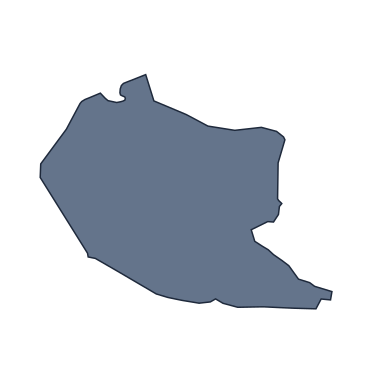 outline of Rabak, White Nile, Sudan, rotated 99°
{"feature_id": "16777658B74989991978894", "entity_name": "Rabak", "entity_type": "district", "adm_level": 2, "iso_a3": "SDN", "parent_name": "Sudan", "parent_adm1": "White Nile", "projection": "orthographic", "projection_center": [32.773, 13.435], "detail": "fine", "context": "isolated", "style": "filled", "palette": "slate", "viewbox_px": 384, "rotation_deg": 99, "n_neighbors": 0, "source": "geoboundaries", "source_scale": "gbopen_adm2", "svg_char_len": 1079}
<svg xmlns="http://www.w3.org/2000/svg" viewBox="0 0 384 384"><g transform="rotate(99 192 192)"><path d="M272.4,284.4L272.6,280.1L272.7,277.1L281.3,254.7L291.9,227.6L298.3,211.3L299.9,199.5L300.3,191.7L300.6,184.7L300.7,167.6L297.7,156.7L293.9,152.0L297.1,143.9L298.7,128.8L295.4,110.2L294.6,105.7L294.2,103.3L292.4,86.9L290.8,72.9L288.0,51.3L277.5,47.7L276.9,38.3L268.5,38.2L266.0,56.1L263.1,61.6L261.4,73.2L249.7,84.8L245.7,92.2L241.1,101.7L237.1,107.7L234.7,113.7L230.9,122.3L220.0,127.6L209.4,112.6L208.9,106.8L200.7,103.1L192.6,103.4L189.4,101.5L188.9,102.1L186.9,105.0L185.4,106.4L149.8,111.5L125.9,108.4L123.3,110.2L118.9,118.0L117.3,133.6L124.4,159.4L124.4,186.6L116.4,209.8L108.0,243.9L83.3,256.1L94.1,274.4L95.5,276.7L97.9,278.4L101.4,279.0L105.3,278.7L107.3,277.8L107.9,276.1L108.6,273.3L109.9,272.5L111.8,272.7L113.0,274.4L114.1,276.8L115.4,280.4L114.9,289.3L113.0,292.4L108.7,298.0L114.7,307.7L117.4,312.2L119.9,315.1L122.1,316.4L149.6,325.9L187.9,345.8L201.4,344.2L261.1,292.3L268.8,285.6L272.4,284.4Z" fill="#64748b" stroke="#1e293b" stroke-width="1.5"/></g></svg>